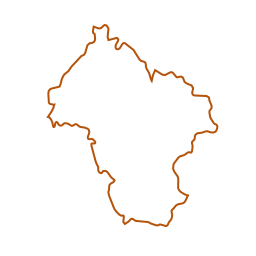 SVG path tracing the border of Yonne, rotated 195°
{"feature_id": "FRA-5356", "entity_name": "Yonne", "entity_type": "Metropolitan department", "adm_level": 1, "iso_a3": "FRA", "parent_name": "France", "parent_adm1": "", "projection": "mercator", "projection_center": [3.524, 47.862], "detail": "fine", "context": "isolated", "style": "outline", "palette": "amber", "viewbox_px": 256, "rotation_deg": 195, "n_neighbors": 0, "source": "natural_earth", "source_scale": "10m", "svg_char_len": 3542}
<svg xmlns="http://www.w3.org/2000/svg" viewBox="0 0 256 256"><g transform="rotate(195 128 128)"><path d="M90.2,191.4L88.4,191.1L87.4,190.1L85.3,187.2L82.9,186.2L77.7,185.6L75.6,183.6L75.3,182.2L75.2,178.9L74.6,177.6L73.6,176.8L72.4,176.6L60.5,179.2L57.6,178.4L56.6,175.8L53.2,171.4L52.6,169.7L52.5,168.4L53.6,166.3L53.6,164.7L52.9,162.9L51.4,159.8L50.1,158.3L46.9,155.3L45.9,154.6L44.7,154.2L43.7,154.2L42.5,153.3L42.0,152.3L41.8,150.9L41.9,149.3L42.3,147.7L42.4,147.4L43.2,146.5L44.1,145.9L45.2,145.5L47.5,145.2L49.7,145.4L50.7,145.3L51.8,145.0L55.4,142.6L59.1,141.1L60.2,140.3L61.1,138.8L61.3,137.6L61.1,136.4L60.8,135.1L61.0,134.1L61.3,133.3L61.9,132.4L62.5,131.0L62.3,129.9L61.2,128.0L60.7,126.3L60.2,122.1L60.5,120.8L61.0,120.4L62.5,120.5L63.5,120.1L64.4,119.2L66.2,116.9L67.4,115.9L69.8,114.5L70.8,113.7L71.8,112.2L73.9,106.9L74.6,104.9L74.2,101.9L73.9,100.6L73.4,99.5L71.6,97.5L68.1,94.6L67.1,93.5L66.3,92.0L64.2,83.6L63.7,82.5L62.9,81.5L62.0,80.8L60.5,79.9L56.2,78.6L54.1,78.4L52.6,78.4L53.1,76.0L53.4,73.9L53.9,71.9L54.3,70.9L55.1,69.9L56.4,69.0L60.0,67.2L61.4,65.8L62.0,64.7L63.0,62.4L63.1,62.1L63.8,61.1L64.3,60.2L64.5,59.1L64.1,58.0L63.5,57.0L62.9,55.9L62.7,54.7L62.5,53.6L62.5,52.4L62.6,51.2L62.9,50.1L63.3,49.1L63.9,48.1L64.2,47.2L64.4,45.6L64.7,44.3L65.2,43.7L65.9,43.1L71.7,43.2L72.4,43.0L73.2,42.2L73.9,41.8L74.9,41.4L76.0,41.3L81.6,41.7L82.9,42.2L84.7,42.3L96.3,40.3L97.3,40.5L99.5,41.3L100.6,41.4L101.6,40.9L103.3,37.7L106.2,34.5L108.2,36.1L108.6,38.4L108.8,39.9L109.2,41.7L109.9,42.2L111.9,41.6L113.8,42.0L117.3,44.0L119.3,45.5L120.8,47.0L128.2,57.0L129.6,59.3L130.4,61.0L130.4,62.1L130.4,63.4L130.5,64.2L131.1,66.8L131.1,67.9L130.8,68.9L130.2,69.9L128.2,71.9L127.6,72.9L127.5,74.1L131.7,76.1L135.2,79.1L137.1,80.4L138.7,80.7L140.7,80.1L141.2,79.3L141.4,78.4L141.9,77.6L143.0,77.3L144.8,78.1L145.7,79.3L146.1,80.5L146.4,81.8L147.0,83.1L148.5,84.6L150.5,87.2L158.6,101.2L159.1,102.4L159.2,103.3L158.4,103.9L156.5,104.3L155.9,104.8L155.8,105.2L156.0,106.0L156.8,106.7L159.1,108.0L160.2,108.0L162.3,107.2L163.7,107.3L164.2,108.1L164.5,109.1L164.2,112.6L164.3,113.9L164.9,115.4L165.7,116.3L166.7,116.8L169.8,117.2L174.2,116.7L175.1,116.8L175.7,117.0L177.6,117.9L178.6,118.2L179.5,118.2L180.5,117.5L182.0,115.9L183.0,115.5L184.0,115.7L186.3,116.5L188.7,116.6L189.8,116.4L190.8,116.0L191.4,115.2L191.9,114.3L192.6,113.4L193.7,112.8L195.3,113.0L196.4,113.8L197.5,115.0L198.4,115.4L199.1,114.9L199.4,114.0L199.4,112.9L199.3,111.9L199.3,110.8L199.5,110.1L200.2,109.7L200.8,110.4L202.4,113.6L204.4,116.2L205.8,117.3L206.8,117.9L208.2,117.9L206.1,124.1L205.4,127.5L205.2,131.6L206.2,131.2L209.4,131.1L210.4,131.4L211.0,132.0L213.8,140.4L214.2,143.4L212.9,145.8L204.8,150.3L204.5,153.3L204.6,158.1L203.9,161.8L203.2,163.5L200.3,167.5L198.3,173.0L191.6,185.6L189.7,187.0L188.8,189.1L188.6,197.4L187.0,199.9L184.9,200.8L183.8,201.6L183.0,202.6L182.7,204.2L182.9,205.8L184.5,210.1L185.1,210.4L185.7,210.6L186.4,211.0L186.9,212.2L187.4,217.0L182.3,216.6L180.7,217.0L179.3,218.3L178.4,220.1L177.3,221.4L175.3,221.5L172.6,219.1L171.3,210.8L169.6,207.9L162.0,212.2L160.3,211.1L160.2,209.1L161.2,205.8L161.2,203.9L160.7,202.3L159.9,201.5L159.0,201.2L157.8,201.6L156.8,202.7L156.2,204.0L155.4,207.0L154.8,208.4L153.9,209.0L152.9,209.1L142.8,204.8L134.7,197.2L132.5,196.2L129.9,196.2L128.2,195.7L127.2,194.0L126.5,191.7L125.2,189.9L121.7,186.4L118.3,180.7L117.3,179.7L117.5,185.4L116.8,190.9L108.5,188.4L105.8,188.8L102.2,192.2L100.6,193.2L99.0,193.0L94.3,189.7L93.6,189.7L90.2,191.4Z" fill="none" stroke="#b45309" stroke-width="2"/></g></svg>